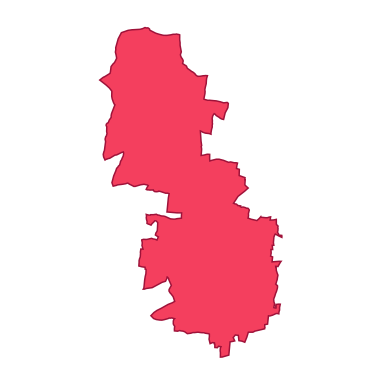 Temozón, Yucatán, Mexico, rotated 268°
{"feature_id": "50627088B86560413355092", "entity_name": "Temozón", "entity_type": "district", "adm_level": 2, "iso_a3": "MEX", "parent_name": "Mexico", "parent_adm1": "Yucatán", "projection": "albers", "projection_center": [-88.068, 20.894], "detail": "fine", "context": "isolated", "style": "filled", "palette": "rose", "viewbox_px": 384, "rotation_deg": 268, "n_neighbors": 0, "source": "geoboundaries", "source_scale": "gbopen_adm2", "svg_char_len": 6037}
<svg xmlns="http://www.w3.org/2000/svg" viewBox="0 0 384 384"><g transform="rotate(268 192 192)"><path d="M41.7,229.5L45.1,228.1L47.6,230.3L47.1,233.3L41.8,233.7L41.2,236.7L40.0,239.5L44.9,241.7L49.9,243.4L49.8,248.0L50.2,249.0L50.7,249.7L52.7,259.7L53.2,259.6L53.7,260.2L55.1,260.0L56.9,260.1L57.3,262.9L65.6,264.1L65.4,265.5L66.1,268.2L67.6,271.8L67.6,273.0L67.2,274.5L69.1,274.7L70.9,275.4L73.6,275.5L76.8,276.3L76.9,274.3L76.7,272.1L75.3,272.1L75.3,271.5L73.8,272.0L73.2,272.0L73.1,271.3L73.6,269.7L77.4,270.6L79.5,270.0L82.1,269.9L85.0,271.1L88.2,272.2L89.3,272.8L92.6,273.9L94.2,274.2L95.6,274.1L95.9,273.5L97.1,272.4L97.9,272.9L100.6,273.7L101.1,274.0L103.8,274.5L105.9,275.0L108.2,274.2L110.8,273.5L113.4,273.5L113.5,273.1L114.8,273.0L114.5,275.3L118.6,277.8L119.6,278.6L119.7,276.5L119.4,269.6L124.3,270.3L125.2,268.3L128.2,269.0L131.8,268.9L131.7,270.6L135.9,270.3L135.9,271.9L138.6,271.6L142.6,272.1L144.2,272.3L146.9,273.5L147.1,273.8L145.2,276.9L143.5,280.2L144.5,280.3L145.5,280.2L145.9,277.1L147.2,277.0L148.8,276.0L150.4,276.5L152.6,276.7L153.9,276.5L154.7,276.8L155.3,276.6L156.5,275.3L157.0,275.2L161.7,275.3L161.2,272.4L161.2,269.1L164.4,269.7L164.2,268.2L163.7,266.5L163.7,265.0L164.4,260.0L164.9,259.9L163.2,258.3L161.2,255.9L162.8,249.9L163.5,248.4L163.9,247.1L166.5,247.7L168.4,247.6L171.8,248.6L172.3,248.5L173.6,247.6L173.8,247.3L173.9,245.8L174.4,245.1L175.1,243.1L175.2,241.7L175.0,241.0L175.7,239.8L176.4,240.1L176.9,237.6L176.8,237.4L178.2,236.2L178.5,235.5L178.5,234.8L179.3,233.1L186.0,237.8L191.0,244.7L194.0,248.3L196.8,245.4L197.7,245.1L202.4,245.6L202.4,245.2L204.5,245.5L206.8,239.7L213.0,240.1L213.9,237.3L217.0,237.8L219.3,238.5L219.6,237.8L219.8,235.0L220.7,231.7L220.4,229.5L222.5,224.7L223.8,220.3L223.9,217.3L222.9,212.6L222.4,210.9L224.6,210.8L229.0,211.0L229.2,209.0L229.1,207.9L228.5,205.4L228.2,202.4L234.0,203.1L235.1,203.1L237.2,202.8L238.0,203.3L242.5,202.8L252.7,202.5L252.0,204.0L251.4,204.8L250.4,207.3L249.8,211.2L249.1,213.0L250.3,213.0L253.7,213.7L256.2,214.5L258.0,214.5L259.4,214.9L260.3,214.7L262.9,214.9L264.6,214.7L266.8,215.2L267.8,215.6L269.5,216.9L268.8,218.0L267.6,218.8L265.7,221.7L264.6,222.9L263.8,224.5L263.4,226.1L269.9,227.9L275.0,230.8L279.3,231.4L280.3,230.3L280.0,226.8L281.3,223.0L282.2,219.5L283.1,212.6L283.1,210.9L284.2,207.5L284.5,207.1L290.0,208.4L292.1,208.6L293.7,208.4L296.0,208.9L299.8,210.0L303.2,210.3L305.1,210.6L307.7,211.5L307.9,209.5L307.8,208.8L307.8,207.3L307.4,204.4L307.4,201.7L308.5,200.2L309.6,199.2L310.1,199.1L311.2,197.8L312.1,196.7L312.5,195.6L313.0,195.3L315.5,192.0L316.1,191.5L317.9,190.9L318.7,190.1L318.8,189.7L320.7,187.1L322.9,187.7L323.8,187.7L325.2,187.1L326.9,186.0L328.4,185.4L329.7,185.2L332.4,186.2L339.1,185.2L341.6,185.3L344.6,185.0L349.5,185.2L349.9,184.3L350.0,183.3L350.4,182.2L350.2,180.7L350.3,178.7L349.8,176.2L349.4,172.3L349.6,168.8L350.8,164.6L352.0,161.2L354.9,156.0L355.3,155.5L356.4,155.2L357.4,154.1L357.6,153.3L357.5,152.3L358.0,150.8L357.0,148.4L356.4,145.7L356.2,137.6L355.8,133.8L353.7,127.0L347.7,123.6L338.9,120.8L336.9,120.8L334.5,120.3L331.7,120.9L329.0,121.3L328.1,121.3L324.6,119.4L323.5,118.5L322.9,117.7L320.2,115.5L315.1,114.7L313.4,114.2L310.0,108.2L310.0,107.8L309.3,106.7L307.1,103.7L302.1,109.7L298.8,113.1L295.7,115.3L295.2,115.4L290.5,115.1L287.8,115.5L284.0,116.7L282.1,117.6L281.8,118.0L273.1,114.3L271.4,113.9L269.4,113.8L266.7,111.8L264.2,110.7L263.7,109.6L263.2,109.2L262.7,108.7L261.4,108.5L260.1,109.1L255.4,108.8L253.4,109.1L250.9,108.3L250.3,107.7L247.9,107.0L245.3,107.4L236.5,105.9L235.2,105.3L232.7,104.6L230.1,104.9L227.0,106.2L227.8,107.5L227.8,108.2L228.2,108.9L228.6,111.0L231.5,116.2L231.7,118.0L234.0,123.2L234.4,124.8L234.2,124.9L232.9,125.0L230.3,124.5L228.5,123.5L226.6,122.7L225.1,121.6L224.3,121.5L221.5,120.6L220.4,119.3L219.4,118.7L218.3,117.5L215.6,116.5L210.8,114.3L204.1,112.3L200.6,113.4L201.3,116.9L201.7,117.7L202.1,122.4L202.6,126.1L203.1,127.6L203.1,128.2L201.9,129.9L201.1,131.5L199.6,134.1L199.6,135.5L201.0,140.9L201.4,144.3L200.5,147.8L199.9,148.5L198.2,147.3L196.2,146.3L195.7,147.3L195.7,148.3L195.4,150.0L195.4,153.4L194.9,153.4L193.8,154.5L193.5,156.1L193.6,158.1L194.0,158.8L193.6,160.5L191.7,165.7L191.7,167.5L191.1,169.1L187.2,168.2L172.9,166.3L171.7,176.2L171.5,180.9L168.4,180.6L166.2,180.5L165.9,176.2L165.5,174.2L165.5,172.8L165.9,169.6L168.5,164.3L168.9,162.9L169.1,160.8L169.6,159.2L170.1,158.1L170.1,157.1L171.0,155.6L170.7,152.7L170.8,149.9L170.4,149.7L170.4,148.9L170.5,147.7L171.2,145.5L169.5,145.7L168.2,145.4L166.5,145.5L163.9,146.1L162.2,145.9L161.6,146.9L161.0,148.5L160.3,149.9L161.7,150.9L163.4,152.8L164.5,153.7L164.6,154.0L164.3,155.2L162.6,156.7L154.9,156.0L153.7,155.5L152.3,154.5L150.3,153.9L148.7,156.1L148.3,156.8L145.2,155.3L146.1,153.4L146.4,151.7L147.1,150.0L146.2,145.4L146.2,143.9L146.4,142.0L146.0,140.2L145.3,140.1L143.5,140.5L141.5,140.4L140.6,140.1L136.6,141.0L136.8,138.9L133.7,138.3L132.4,138.4L128.8,138.0L127.3,137.3L125.1,136.7L123.8,136.7L119.9,136.3L119.0,139.3L118.4,142.5L116.5,142.5L116.4,143.2L116.1,143.4L112.1,143.1L109.2,142.3L105.6,141.6L97.9,140.6L96.6,139.9L96.6,141.1L97.2,143.0L97.8,148.9L102.8,159.0L103.7,162.4L105.9,163.6L107.9,164.2L107.6,164.7L106.3,165.6L105.1,165.8L99.4,168.1L95.9,166.0L95.0,165.6L93.7,165.6L91.6,166.8L91.3,167.2L88.1,169.5L83.3,170.9L82.0,168.5L80.5,164.2L76.9,157.3L74.9,152.9L72.9,149.8L69.8,146.6L66.9,149.2L65.8,151.8L65.2,155.1L65.0,157.2L65.1,158.2L65.5,160.3L66.3,163.6L66.8,164.8L66.7,166.4L66.9,167.5L66.7,167.9L66.0,170.2L65.1,169.3L63.7,168.8L60.8,168.7L59.8,169.1L58.4,170.0L55.8,169.6L53.8,169.6L53.4,172.7L54.0,175.0L53.6,175.9L53.3,178.0L52.6,179.8L50.6,182.4L50.9,185.8L51.5,188.0L51.4,189.8L51.7,193.0L51.1,196.3L50.9,199.2L50.4,200.3L49.8,203.6L49.4,204.4L46.7,204.3L44.3,203.9L39.8,204.8L40.8,207.3L40.5,209.1L39.5,208.9L39.2,209.5L35.8,209.4L35.5,211.9L36.9,213.1L36.4,215.6L35.3,215.0L34.2,214.8L32.4,214.6L30.4,214.8L26.0,214.6L26.0,216.4L27.7,223.1L40.9,224.8L41.4,228.2L41.7,229.5Z" fill="#f43f5e" stroke="#9f1239" stroke-width="1.5"/></g></svg>